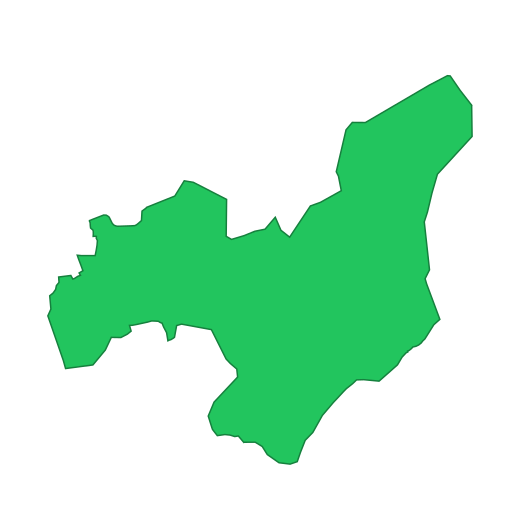 outline of Egbedore, Osun, Nigeria, rotated 187°
{"feature_id": "59680162B61270202433812", "entity_name": "Egbedore", "entity_type": "district", "adm_level": 2, "iso_a3": "NGA", "parent_name": "Nigeria", "parent_adm1": "Osun", "projection": "orthographic", "projection_center": [4.451, 7.783], "detail": "fine", "context": "isolated", "style": "filled", "palette": "green", "viewbox_px": 512, "rotation_deg": 187, "n_neighbors": 0, "source": "geoboundaries", "source_scale": "gbopen_adm2", "svg_char_len": 2149}
<svg xmlns="http://www.w3.org/2000/svg" viewBox="0 0 512 512"><g transform="rotate(187 256 256)"><path d="M190.0,56.9L188.0,66.3L184.7,79.1L178.1,87.8L170.7,105.9L161.4,120.0L155.5,128.1L152.9,131.7L150.1,135.4L144.5,141.1L141.1,145.3L133.9,146.4L118.6,146.8L102.3,165.2L98.7,173.4L95.3,178.1L93.6,179.3L94.0,180.1L92.8,180.7L91.4,182.0L90.4,183.1L89.2,184.8L88.1,185.2L86.2,185.9L83.7,187.5L81.5,189.7L80.0,192.2L78.3,194.2L71.1,209.5L65.8,215.5L83.3,249.2L85.4,254.1L82.1,263.4L93.0,309.8L93.2,310.1L91.2,320.5L89.0,340.0L85.9,359.3L56.1,401.0L60.2,431.0L60.2,431.8L73.6,445.3L85.2,458.4L88.0,458.3L104.7,446.8L163.7,401.8L176.7,400.3L182.0,392.2L186.6,349.4L183.9,345.3L179.3,331.2L198.6,317.1L208.1,312.3L224.9,278.8L234.4,284.6L241.6,296.8L250.3,283.7L260.2,280.4L270.2,274.8L282.3,269.5L288.0,271.9L292.1,308.6L327.2,321.5L336.4,321.9L343.9,305.6L370.6,290.9L370.9,290.2L374.6,286.7L374.0,277.2L376.9,273.9L378.3,272.5L379.9,271.4L383.7,270.7L394.6,269.0L397.6,268.6L399.3,268.9L400.7,269.3L402.6,270.8L406.5,276.7L407.6,277.4L409.6,278.3L412.2,278.1L425.6,270.9L425.6,270.4L424.6,268.7L424.5,267.5L424.3,267.0L424.2,266.0L423.6,263.6L421.0,261.8L420.6,260.9L420.2,258.3L420.0,255.6L418.1,256.0L416.8,256.0L416.7,254.1L415.3,252.0L415.1,247.3L415.3,242.0L415.7,236.8L429.4,235.1L433.5,235.0L431.7,231.3L428.8,225.8L426.0,220.3L429.5,217.6L427.9,215.4L430.3,214.2L433.3,211.7L435.0,210.8L436.9,213.4L437.4,214.1L449.3,211.1L448.3,205.8L450.5,202.3L450.8,198.4L452.9,194.5L455.9,191.4L453.1,178.3L455.3,171.2L434.5,128.8L431.3,121.1L404.6,128.0L394.1,144.3L389.7,157.6L380.2,158.6L374.1,162.8L370.8,166.2L373.1,171.7L370.2,172.2L366.1,173.5L355.5,177.2L351.7,178.8L348.5,179.1L345.0,179.3L343.1,178.4L341.8,178.0L341.1,178.0L339.1,174.4L335.4,169.0L333.1,161.1L331.6,162.1L330.4,162.5L328.2,164.2L327.0,165.4L326.3,177.3L321.6,179.3L291.3,177.5L273.1,150.1L268.4,146.2L261.3,141.5L259.5,133.6L279.8,105.9L283.9,91.3L278.8,80.1L278.0,78.5L272.5,73.0L265.1,75.0L259.9,75.1L255.1,74.2L251.6,75.2L245.4,69.5L245.2,69.7L234.1,71.1L226.6,67.7L220.6,60.3L208.0,53.6L196.8,53.6L190.0,56.9Z" fill="#22c55e" stroke="#15803d" stroke-width="1.5"/></g></svg>